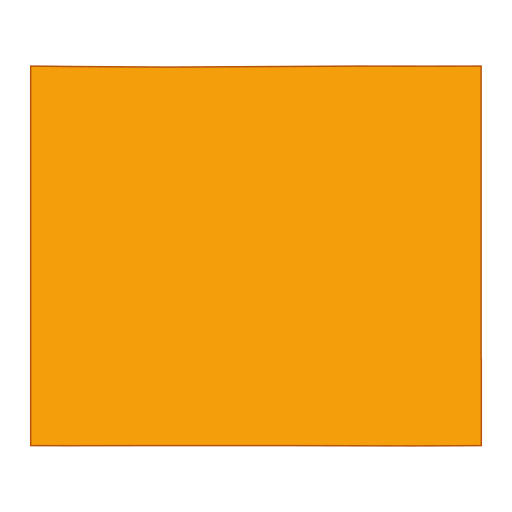 Ngaanyatjarraku, Western Australia, Australia
{"feature_id": "25037944B86885707589826", "entity_name": "Ngaanyatjarraku", "entity_type": "district", "adm_level": 2, "iso_a3": "AUS", "parent_name": "Australia", "parent_adm1": "Western Australia", "projection": "mercator", "projection_center": [128.838, -25.094], "detail": "medium", "context": "isolated", "style": "filled", "palette": "amber", "viewbox_px": 512, "rotation_deg": 0, "n_neighbors": 0, "source": "geoboundaries", "source_scale": "gbopen_adm2", "svg_char_len": 405}
<svg xmlns="http://www.w3.org/2000/svg" viewBox="0 0 512 512"><path d="M481.3,358.9L481.1,358.9L481.1,145.3L481.1,109.4L481.1,66.1L427.4,66.2L358.0,66.1L169.3,67.1L116.1,66.8L69.3,66.5L42.9,66.2L30.7,66.1L30.7,177.0L30.7,291.6L30.7,445.6L66.2,445.7L143.9,445.6L216.4,445.6L288.6,445.6L411.3,445.9L439.5,445.8L481.3,445.6L481.3,442.9L481.3,358.9Z" fill="#f59e0b" stroke="#b45309" stroke-width="1.5"/></svg>